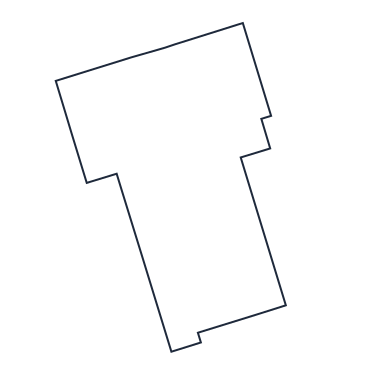 outline of Benton, Mississippi, United States of America, rotated 343°
{"feature_id": "52423323B42225674167868", "entity_name": "Benton", "entity_type": "district", "adm_level": 2, "iso_a3": "USA", "parent_name": "United States of America", "parent_adm1": "Mississippi", "projection": "orthographic", "projection_center": [-89.198, 34.789], "detail": "fine", "context": "isolated", "style": "outline", "palette": "slate", "viewbox_px": 384, "rotation_deg": 343, "n_neighbors": 0, "source": "geoboundaries", "source_scale": "gbopen_adm2", "svg_char_len": 428}
<svg xmlns="http://www.w3.org/2000/svg" viewBox="0 0 384 384"><g transform="rotate(343 192 192)"><path d="M94.2,45.9L94.1,79.9L94.0,100.6L94.0,152.5L125.3,152.5L125.3,169.4L125.5,240.2L125.6,338.7L156.5,338.5L156.5,328.3L217.8,328.1L248.6,327.8L248.7,173.2L279.5,173.2L279.7,142.3L289.9,142.3L290.0,45.3L284.5,45.3L218.9,45.8L208.5,46.1L184.3,45.7L173.1,45.5L94.2,45.9Z" fill="none" stroke="#1e293b" stroke-width="2"/></g></svg>